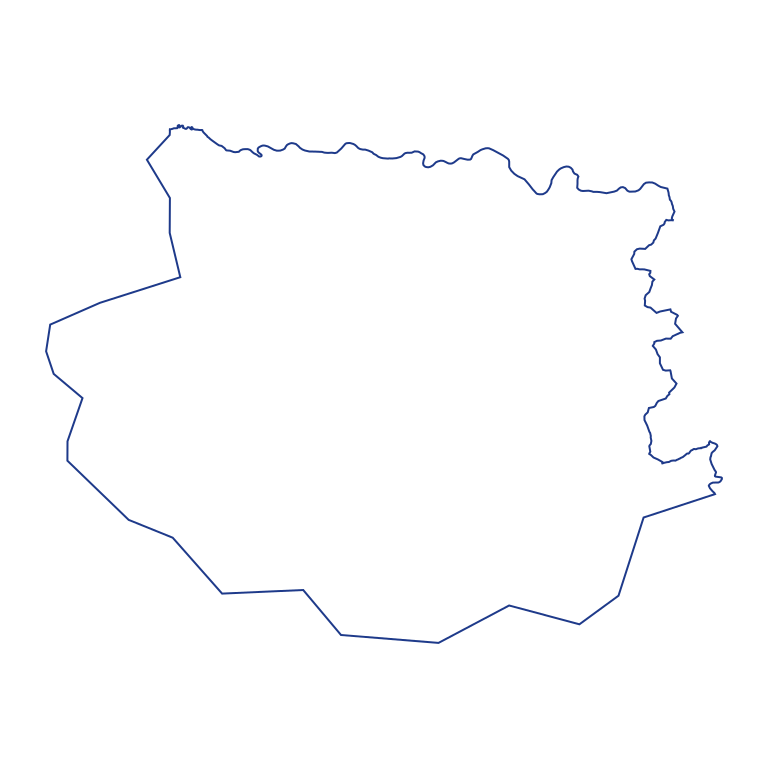 Xu'der, Selenge, Mongolia (Equal Earth projection)
{"feature_id": "93677404B85360121708910", "entity_name": "Xu'der", "entity_type": "district", "adm_level": 2, "iso_a3": "MNG", "parent_name": "Mongolia", "parent_adm1": "Selenge", "projection": "equal_earth", "projection_center": [107.738, 49.736], "detail": "fine", "context": "isolated", "style": "outline", "palette": "blue", "viewbox_px": 768, "rotation_deg": 0, "n_neighbors": 0, "source": "geoboundaries", "source_scale": "gbopen_adm2", "svg_char_len": 6120}
<svg xmlns="http://www.w3.org/2000/svg" viewBox="0 0 768 768"><path d="M50.2,324.6L46.1,351.3L53.7,373.9L82.5,398.1L67.5,441.3L67.4,460.7L128.7,519.9L172.7,537.7L222.1,593.6L303.2,590.0L341.0,635.0L438.5,642.9L509.1,605.5L579.4,624.3L618.5,595.7L643.6,517.5L715.0,494.1L714.3,492.8L714.1,492.7L712.5,491.2L710.0,488.3L708.8,485.8L708.9,485.4L709.8,484.2L711.0,483.4L712.9,482.6L718.4,482.5L719.6,482.0L720.7,481.0L721.9,479.0L721.9,478.3L721.8,477.8L721.2,477.4L715.6,476.6L715.0,476.2L714.9,475.5L716.0,472.4L715.9,471.8L714.5,469.8L711.6,463.9L710.2,459.4L710.5,457.1L710.9,456.5L711.6,453.2L712.6,452.0L714.7,450.3L717.4,446.3L717.1,445.2L716.4,444.4L714.8,443.5L712.5,442.8L710.9,442.0L710.0,441.2L709.5,441.6L709.3,442.3L709.0,442.7L709.1,444.4L707.3,445.5L706.5,446.6L703.6,447.3L703.1,447.3L702.4,447.7L701.1,447.8L700.9,447.9L700.9,448.2L698.9,448.3L697.4,448.6L696.4,449.1L695.2,449.2L694.6,449.0L693.5,449.1L692.4,450.0L691.4,450.3L690.9,450.7L689.7,452.2L689.3,452.9L688.8,453.4L688.4,453.6L687.3,453.5L686.7,453.8L685.5,454.9L682.9,457.0L680.4,458.1L679.7,458.7L678.9,458.9L677.9,459.5L676.7,459.9L675.6,460.6L673.4,460.5L671.2,460.8L668.9,462.0L666.8,462.2L664.2,462.8L662.5,463.4L662.3,463.4L662.2,463.0L662.4,462.8L662.7,462.6L662.8,462.4L662.6,462.1L657.8,459.4L653.5,457.5L650.9,455.0L649.2,453.9L649.3,453.5L650.3,451.7L649.3,446.2L649.6,445.4L650.8,444.0L651.4,440.9L650.7,437.6L650.8,435.9L650.1,432.8L649.4,431.8L647.2,425.6L644.5,420.1L644.4,416.3L645.3,414.6L647.7,412.4L648.9,408.0L653.8,407.0L655.3,405.9L656.8,402.9L658.4,401.0L665.8,398.5L667.3,396.0L669.4,394.2L669.1,392.6L674.4,387.5L676.5,383.6L671.9,378.5L670.5,371.0L670.2,370.3L665.7,370.6L663.0,369.8L659.9,363.3L659.9,357.3L657.6,354.2L655.9,349.5L652.8,345.9L654.3,343.5L654.3,342.1L657.0,340.8L660.9,340.5L665.9,338.6L670.7,338.7L672.7,336.2L680.1,332.8L682.4,332.3L675.1,323.8L676.0,318.5L677.9,315.8L677.2,314.9L671.1,311.8L670.4,309.4L660.1,311.5L656.5,312.9L650.5,307.6L647.5,307.1L644.8,305.5L645.1,300.8L644.6,298.6L645.7,295.2L649.3,292.0L650.6,288.3L651.9,285.1L652.4,281.6L654.3,279.5L649.8,276.1L649.2,274.2L650.3,272.8L650.4,270.9L644.3,269.4L641.1,269.3L639.9,269.4L637.3,268.8L635.5,268.9L632.0,261.2L631.4,259.2L634.2,254.0L634.4,251.6L637.0,249.2L639.8,248.6L645.2,248.9L649.1,245.2L651.2,244.6L653.3,242.6L653.9,240.4L655.6,238.6L657.9,233.0L660.3,226.3L663.5,224.8L664.5,223.5L664.7,222.1L666.3,219.9L668.5,220.4L671.1,220.2L673.6,220.4L672.2,219.5L671.8,218.2L672.3,216.4L674.5,211.6L673.2,208.8L672.8,206.0L672.4,205.0L672.0,204.1L671.6,202.2L671.2,201.3L670.7,200.5L669.9,199.7L669.5,197.1L668.8,195.2L668.7,193.8L668.5,192.4L667.4,188.6L660.8,187.0L658.5,185.8L655.1,183.6L652.3,182.5L649.0,182.4L646.0,182.7L643.9,184.1L640.2,188.9L638.5,190.3L635.3,191.5L629.7,191.7L628.5,191.3L627.3,190.6L625.2,188.1L622.9,187.1L620.7,187.4L618.9,188.7L616.9,190.6L614.2,191.6L606.5,193.2L600.0,192.1L597.5,191.9L593.4,191.9L591.7,191.3L588.6,190.7L582.9,191.0L580.9,190.7L578.7,189.5L577.2,187.8L577.5,184.0L577.5,180.2L577.7,178.5L578.4,176.5L577.2,174.8L574.5,173.6L573.6,172.4L572.9,171.2L572.5,169.6L570.8,167.8L569.9,167.3L568.7,166.7L566.4,166.5L563.8,167.1L560.8,168.4L559.2,169.5L557.0,171.6L555.8,173.4L553.3,177.1L551.6,180.1L551.5,181.1L551.3,183.2L549.7,187.3L548.4,189.5L546.8,191.8L545.0,193.1L542.8,194.2L539.5,194.3L537.2,193.9L536.3,193.3L533.8,190.5L532.9,189.6L528.8,184.3L524.5,179.3L517.6,176.1L514.3,173.8L511.2,170.6L509.2,167.1L509.2,161.6L508.8,160.0L508.0,158.9L503.1,155.5L493.1,150.1L489.0,148.3L487.4,148.2L485.7,148.3L482.4,149.3L480.5,150.1L477.8,151.9L473.3,154.4L472.5,155.6L471.1,158.9L470.1,159.6L467.6,159.7L464.3,159.0L461.0,158.2L459.9,158.3L458.8,158.7L454.0,162.4L452.3,163.3L451.0,163.6L448.9,163.5L447.6,163.0L445.7,162.0L443.6,161.0L442.4,160.8L440.7,160.7L437.9,161.4L435.9,162.3L433.0,165.3L430.4,166.8L428.2,167.3L426.0,167.0L424.7,166.4L423.4,165.0L423.1,163.2L423.6,160.5L424.6,157.9L424.6,156.8L424.3,155.8L423.3,154.4L422.8,154.1L420.9,153.1L419.6,152.2L418.1,151.6L414.6,151.4L411.7,152.7L408.8,152.8L407.9,152.7L406.5,152.9L405.5,153.1L404.5,153.6L402.0,156.0L400.5,156.9L396.4,158.1L392.3,158.5L388.9,158.4L388.2,158.6L382.9,158.2L380.7,157.7L378.4,156.8L376.1,155.0L374.0,154.0L373.2,153.4L372.6,152.6L372.1,152.2L368.5,150.6L365.2,149.6L362.9,149.6L360.4,149.1L359.4,148.7L358.1,147.9L356.4,146.1L355.0,144.9L353.4,144.0L350.3,143.1L349.2,143.0L346.7,143.2L345.9,143.5L345.2,144.0L344.5,144.8L341.3,148.5L336.9,152.5L336.0,152.8L334.9,153.1L331.7,152.7L328.2,152.9L326.3,152.8L324.3,152.6L322.0,151.9L315.1,151.6L309.3,151.5L304.9,150.5L302.4,149.5L299.8,147.7L298.8,146.5L295.9,144.0L293.2,143.3L291.6,143.1L290.6,143.3L289.6,143.6L287.9,144.4L287.0,145.0L286.0,146.3L284.7,148.6L283.0,149.6L280.2,150.6L276.9,150.7L273.9,149.8L267.8,146.4L264.8,145.6L263.2,145.5L262.2,145.7L260.7,146.3L258.6,147.5L257.8,148.6L257.7,151.0L258.2,152.0L259.0,152.8L261.4,154.7L261.6,155.7L261.3,156.2L260.6,156.5L259.1,156.5L256.9,154.8L253.9,153.3L252.3,152.0L250.8,150.5L249.8,149.8L247.7,149.1L245.5,149.1L242.9,149.3L241.0,150.0L240.0,150.6L238.8,151.8L235.2,152.2L233.6,152.0L230.1,150.7L226.5,150.4L226.1,150.2L225.8,149.8L224.6,148.2L221.6,145.9L219.1,145.4L217.5,144.4L212.1,140.5L210.4,139.2L208.6,137.5L207.9,137.1L207.4,136.7L207.1,136.0L203.7,132.6L202.7,131.3L202.4,130.3L202.3,130.1L202.0,130.0L201.0,130.0L200.1,130.1L197.4,129.7L196.5,129.7L195.7,129.6L194.6,129.4L193.2,128.9L192.8,128.5L192.3,127.4L192.0,127.2L191.6,127.1L191.2,127.4L191.1,127.8L191.2,128.2L192.1,129.2L191.8,129.5L191.4,129.4L190.8,129.1L189.7,127.8L188.9,127.3L187.9,127.2L187.5,127.5L186.9,128.4L186.3,128.8L185.3,128.8L184.3,128.2L183.1,127.8L182.9,127.6L183.2,126.7L183.2,126.2L182.8,125.7L182.0,125.6L181.6,125.8L181.0,126.2L180.0,127.2L179.6,127.4L179.3,127.4L179.0,127.2L179.0,126.8L179.5,125.6L179.3,125.2L178.9,125.1L178.4,125.3L177.8,125.7L177.5,127.9L177.1,128.2L173.8,128.3L172.3,128.9L171.3,129.1L170.5,129.4L169.9,129.3L169.8,130.4L169.9,131.9L169.7,135.0L146.9,159.7L169.9,198.0L169.7,232.9L180.3,277.2L100.0,302.8L50.2,324.6Z" fill="none" stroke="#1e3a8a" stroke-width="2"/></svg>